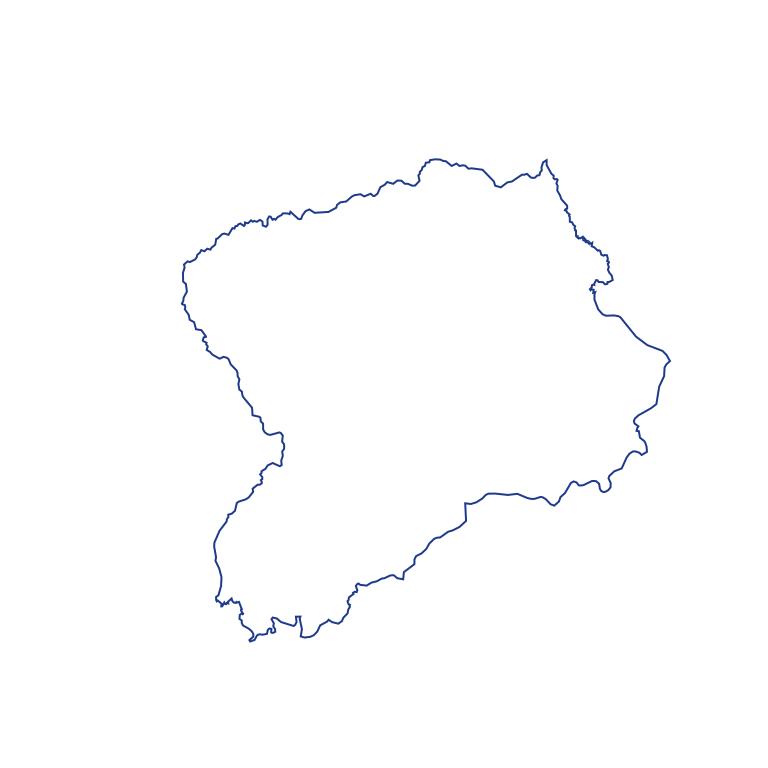 outline of Phu Phiang, Nan, Thailand, rotated 235°
{"feature_id": "78962969B69096812257828", "entity_name": "Phu Phiang", "entity_type": "district", "adm_level": 2, "iso_a3": "THA", "parent_name": "Thailand", "parent_adm1": "Nan", "projection": "mercator", "projection_center": [100.851, 18.8], "detail": "fine", "context": "isolated", "style": "outline", "palette": "blue", "viewbox_px": 768, "rotation_deg": 235, "n_neighbors": 0, "source": "geoboundaries", "source_scale": "gbopen_adm2", "svg_char_len": 6166}
<svg xmlns="http://www.w3.org/2000/svg" viewBox="0 0 768 768"><g transform="rotate(235 384 384)"><path d="M596.6,288.7L593.8,287.5L590.3,283.0L583.1,278.2L579.5,279.1L572.7,275.5L569.6,269.3L567.1,267.2L565.8,264.6L564.9,264.5L563.0,266.1L561.2,265.5L559.4,263.7L552.7,263.7L548.1,261.7L543.5,263.9L536.7,261.4L532.8,265.3L525.1,265.4L524.7,265.0L525.6,263.1L523.8,260.6L522.8,260.5L519.6,262.3L518.5,261.1L515.9,261.2L513.6,258.3L510.0,259.9L506.4,260.3L499.0,263.9L498.3,268.1L495.4,270.5L493.2,270.9L488.0,269.7L479.8,271.0L477.1,270.4L474.4,268.6L470.8,268.2L467.5,264.7L462.4,262.3L459.3,263.2L455.6,261.4L453.2,261.2L440.2,262.3L433.8,258.4L428.6,263.1L427.1,263.4L424.1,261.6L420.9,262.2L416.1,258.9L412.9,258.6L409.7,259.7L407.6,261.5L404.3,270.6L402.9,271.4L399.8,271.5L395.1,267.4L392.2,267.6L390.1,266.5L388.0,264.7L387.1,261.9L383.2,259.9L380.1,255.8L376.3,253.7L376.4,251.5L383.2,247.4L384.0,241.9L382.5,238.2L382.8,233.7L381.4,232.7L381.0,230.7L377.5,230.9L375.9,229.7L375.9,228.0L373.4,227.5L372.8,226.8L372.7,224.7L374.0,222.6L373.6,216.4L370.7,214.9L368.7,208.2L368.8,204.6L371.0,197.5L370.9,195.1L365.6,189.2L365.1,184.8L366.3,181.5L364.4,180.3L363.3,177.7L361.6,176.1L358.1,165.1L351.3,154.0L348.2,151.6L338.5,147.1L335.8,144.5L327.5,143.2L319.0,140.1L311.9,134.6L305.9,127.2L305.8,124.2L303.3,122.6L301.9,122.4L302.1,123.6L297.4,124.9L295.1,123.2L294.7,124.1L296.7,127.9L294.7,127.8L294.2,128.5L294.8,129.8L293.6,130.6L295.1,131.4L295.7,136.1L293.5,135.3L291.1,135.6L289.7,137.0L290.1,138.0L289.3,138.3L288.7,140.2L281.0,138.3L281.2,137.6L280.3,136.9L276.6,136.8L276.5,136.2L277.7,135.9L277.6,133.4L274.5,130.9L271.9,131.8L269.6,130.3L267.1,130.0L261.1,132.9L257.4,133.8L254.2,133.6L252.0,132.0L251.4,126.8L249.8,126.7L248.6,131.2L250.8,135.6L250.8,137.2L250.1,138.9L248.2,140.8L246.5,144.8L249.2,147.8L249.5,149.8L248.0,151.3L245.4,149.2L244.6,149.3L243.7,150.6L243.4,152.8L245.8,154.2L249.0,154.3L251.2,156.5L255.9,157.0L256.5,158.9L253.4,161.7L248.1,163.1L237.7,171.1L237.6,172.9L239.1,175.8L243.9,178.4L241.4,182.1L239.9,180.2L230.3,176.2L225.0,171.0L221.9,173.5L219.2,178.6L218.5,182.5L219.5,187.4L222.9,193.3L222.0,201.2L222.7,203.4L218.7,204.9L213.9,209.1L213.9,213.5L215.9,216.7L217.0,222.6L219.7,225.3L221.0,228.3L222.3,228.6L222.6,229.4L224.2,228.7L227.0,229.5L227.4,231.2L229.3,232.8L229.5,238.6L230.7,238.8L230.6,240.9L229.2,242.2L230.4,243.9L234.6,245.0L235.4,246.8L235.2,248.7L233.1,249.3L228.8,254.2L228.5,259.8L226.5,264.9L225.9,270.6L224.7,272.8L223.6,279.1L222.4,281.5L221.3,282.5L217.4,283.4L213.0,287.7L218.5,292.4L219.0,305.6L222.8,308.3L224.6,311.5L223.7,317.5L224.6,323.9L227.3,329.6L228.4,336.2L227.9,338.8L226.1,342.1L226.2,351.8L224.7,356.2L223.6,363.8L224.8,372.7L239.7,382.1L235.9,386.3L234.1,391.8L233.8,398.8L234.8,403.9L234.2,406.7L230.5,412.2L222.1,421.8L217.5,430.3L208.7,435.8L205.4,438.7L203.6,441.4L201.7,447.4L200.2,449.0L196.8,450.5L189.9,451.5L186.7,453.7L187.4,459.9L190.1,463.7L190.9,469.8L195.7,480.3L195.4,483.5L192.9,485.3L189.3,485.4L187.8,487.2L186.7,489.6L185.2,498.9L182.9,501.9L178.9,503.0L174.4,500.8L172.1,500.5L169.8,501.6L168.7,503.5L168.4,506.7L169.4,510.3L172.9,512.9L177.9,513.8L179.4,515.7L180.4,522.5L178.5,530.3L184.6,540.6L186.1,545.0L186.0,549.1L184.8,551.1L181.2,553.8L178.1,554.3L177.6,560.5L181.8,563.0L185.8,564.3L187.7,564.5L193.2,562.9L199.2,565.7L200.7,564.0L202.6,566.1L203.4,568.1L207.9,566.6L210.3,567.4L211.8,569.7L212.4,574.6L211.0,588.6L211.3,595.6L224.0,607.9L229.8,618.0L236.5,623.2L238.1,626.4L238.8,631.4L245.7,632.1L251.4,631.1L264.8,622.0L278.3,617.6L303.1,615.9L305.1,614.9L308.2,611.8L312.6,605.0L315.8,603.0L322.3,602.3L332.4,604.8L336.8,607.9L338.1,609.7L338.7,607.7L340.9,609.8L342.6,608.3L342.3,607.0L343.5,607.0L344.0,609.6L345.6,610.9L345.3,612.6L344.6,613.1L345.4,613.5L347.4,617.4L346.5,618.4L344.5,618.3L341.8,621.8L338.9,622.2L337.9,624.4L339.3,625.6L338.4,627.0L338.0,631.0L342.2,632.7L346.0,632.4L349.3,633.0L350.7,635.2L354.1,636.2L354.5,638.0L355.5,638.2L356.7,637.3L358.0,639.1L361.5,640.5L363.2,638.6L363.2,637.4L365.3,636.2L369.0,637.4L370.3,636.8L370.5,635.6L375.5,634.6L377.7,633.1L380.2,635.5L380.2,633.8L382.5,633.5L381.5,632.4L383.1,632.2L384.5,630.6L385.2,630.7L385.2,632.1L387.0,630.2L387.3,631.9L389.3,631.6L389.2,630.4L390.6,631.1L390.8,628.2L391.7,627.6L391.6,626.9L393.2,626.4L393.9,627.4L395.0,626.2L399.6,629.3L400.2,628.7L402.5,629.6L403.6,631.1L405.7,630.4L408.6,630.8L410.3,629.3L414.3,632.0L415.7,632.0L416.4,633.3L419.4,632.4L421.0,632.7L422.5,631.8L423.1,633.0L422.6,634.6L425.0,636.3L433.6,635.3L437.7,636.4L443.1,636.9L446.8,639.9L449.4,640.3L451.6,643.3L452.8,643.1L453.7,641.3L455.3,640.9L457.4,642.5L460.2,641.7L470.0,642.8L474.1,645.6L474.3,641.5L471.1,637.2L468.5,635.8L467.9,633.5L465.9,631.1L466.9,629.0L466.4,626.2L467.2,624.4L469.0,622.7L474.1,621.7L475.0,618.8L476.3,617.2L476.5,605.0L478.4,600.6L478.1,592.5L482.7,588.8L486.9,590.2L503.0,587.6L510.3,579.6L511.9,576.7L516.2,575.8L517.8,574.2L519.3,570.9L523.0,569.8L523.8,564.5L530.9,562.5L532.8,560.4L535.5,558.9L538.7,554.8L541.0,550.1L539.6,548.3L541.3,545.2L539.1,542.5L539.6,540.1L537.7,537.6L537.2,535.0L535.7,534.0L535.2,531.8L530.1,529.7L528.7,523.4L530.3,520.8L534.3,518.4L536.1,515.9L540.5,514.9L543.0,511.7L542.7,506.4L547.6,502.4L546.8,498.9L547.3,493.9L543.7,488.0L543.4,484.2L544.3,483.0L547.5,482.2L549.0,475.4L552.9,473.6L555.6,468.2L556.0,465.2L555.2,457.7L557.8,452.5L557.7,448.4L555.8,446.0L556.8,437.2L564.1,425.3L569.8,423.0L570.6,418.9L568.9,413.9L566.9,411.0L567.1,409.8L568.4,408.5L578.8,406.1L577.3,404.0L578.9,403.0L581.8,399.0L581.2,397.2L581.7,392.6L580.8,389.4L582.3,388.7L582.5,386.9L586.1,387.1L587.1,386.0L585.6,382.9L581.2,380.0L580.5,377.6L583.4,375.6L586.8,377.6L589.6,376.5L589.8,372.9L592.0,371.2L592.2,369.6L594.3,369.0L593.7,365.2L594.4,363.8L596.0,362.9L594.0,361.0L593.8,359.9L597.9,358.4L598.3,356.0L597.6,354.4L598.5,352.9L597.1,350.6L598.6,349.3L595.4,342.2L598.8,339.5L599.6,337.4L598.6,331.2L599.1,329.8L594.9,325.6L594.6,320.8L593.6,318.9L596.2,316.8L595.7,313.1L598.5,311.1L597.2,308.7L596.9,305.2L595.3,303.4L594.4,300.8L595.2,294.9L597.1,293.5L596.6,288.7Z" fill="none" stroke="#1e3a8a" stroke-width="2"/></g></svg>